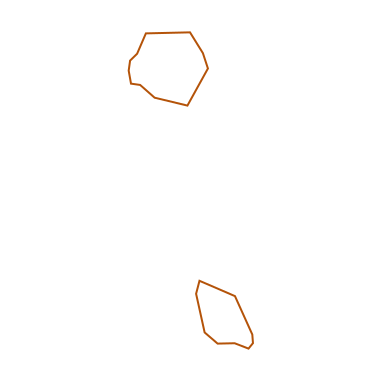 map outline of Antigua and Barbuda (Natural Earth projection), rotated 169°
{"feature_id": "ATG", "entity_name": "Antigua and Barbuda", "entity_type": "country or territory", "adm_level": 0, "iso_a3": "ATG", "parent_name": "North America", "parent_adm1": "", "projection": "natural_earth1", "projection_center": [-61.781, 17.356], "detail": "fine", "context": "isolated", "style": "outline", "palette": "amber", "viewbox_px": 384, "rotation_deg": 169, "n_neighbors": 0, "source": "natural_earth", "source_scale": "50m", "svg_char_len": 422}
<svg xmlns="http://www.w3.org/2000/svg" viewBox="0 0 384 384"><g transform="rotate(169 192 192)"><path d="M219.5,338.2L207.0,356.5L163.5,349.1L154.8,326.2L152.8,310.2L180.0,277.7L210.7,291.7L222.5,307.0L231.2,310.0L231.0,323.2L227.7,332.8L219.5,338.2ZM207.4,91.3L201.6,103.4L169.7,81.6L160.0,40.6L161.0,32.0L166.4,27.5L179.0,35.4L195.8,38.3L206.4,51.7L207.4,91.3Z" fill="none" stroke="#b45309" stroke-width="2"/></g></svg>